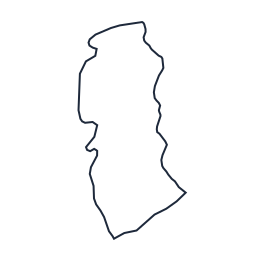 SVG path tracing the border of Trabzon, rotated 71°
{"feature_id": "TUR-2302", "entity_name": "Trabzon", "entity_type": "Province", "adm_level": 1, "iso_a3": "TUR", "parent_name": "Turkey", "parent_adm1": "", "projection": "natural_earth1", "projection_center": [39.741, 40.811], "detail": "fine", "context": "isolated", "style": "outline", "palette": "slate", "viewbox_px": 256, "rotation_deg": 71, "n_neighbors": 0, "source": "natural_earth", "source_scale": "10m", "svg_char_len": 1130}
<svg xmlns="http://www.w3.org/2000/svg" viewBox="0 0 256 256"><g transform="rotate(71 128 128)"><path d="M32.4,80.2L33.6,79.2L35.3,78.9L40.1,79.2L42.9,80.1L47.3,83.7L50.6,84.2L53.1,83.4L57.0,81.0L60.0,80.5L61.7,79.9L69.5,75.5L70.4,74.7L70.9,74.0L71.8,73.3L73.5,72.9L82.7,75.0L84.7,77.0L88.4,81.6L97.1,88.9L102.6,91.9L108.4,93.0L111.3,92.1L114.3,90.7L117.2,90.3L121.2,93.0L122.8,93.2L126.0,93.0L127.3,93.4L136.0,100.0L138.6,101.2L141.4,101.7L143.7,100.1L152.9,97.1L156.5,96.7L164.9,104.2L169.1,106.9L175.0,108.0L177.4,107.6L181.7,105.9L185.1,105.1L190.3,103.2L193.7,101.0L200.5,99.2L207.9,94.5L213.2,105.9L216.8,118.1L218.5,131.1L227.7,153.3L226.1,165.7L228.1,177.3L225.2,177.8L219.4,179.6L204.4,179.6L197.1,180.9L189.9,183.0L183.6,183.1L171.5,179.4L159.0,179.1L153.0,175.8L144.0,166.2L139.6,164.6L138.6,165.2L136.7,166.8L137.6,171.3L135.4,173.8L132.4,173.9L125.4,162.7L115.3,156.2L110.8,159.5L109.1,166.9L106.8,169.2L103.8,170.0L95.1,169.0L61.0,155.8L51.3,146.1L49.1,135.4L43.0,131.9L40.5,135.2L37.5,137.6L34.4,137.5L31.7,135.3L29.1,128.3L27.9,111.6L28.3,102.4L32.4,80.2Z" fill="none" stroke="#1e293b" stroke-width="2"/></g></svg>